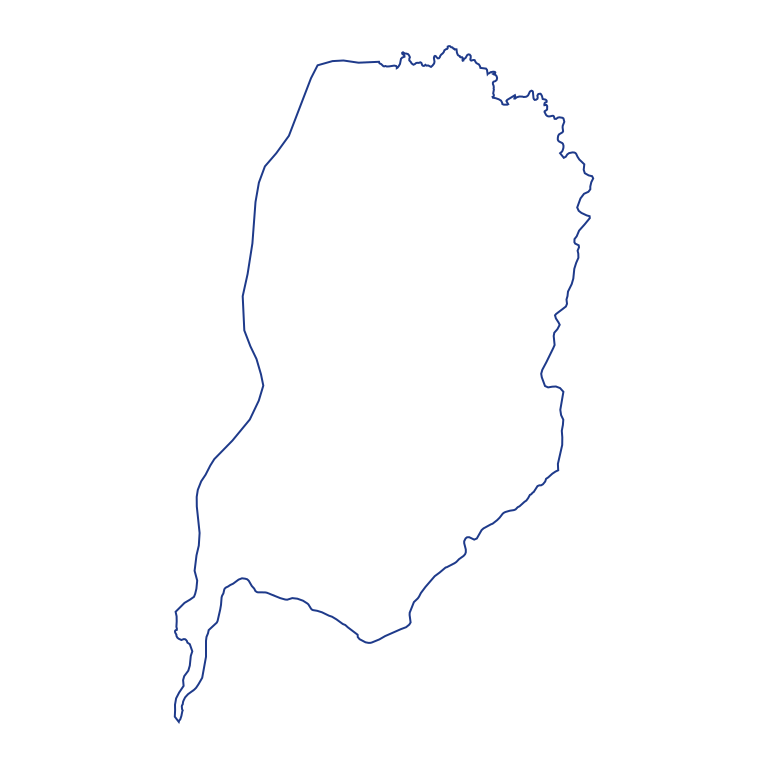 the district of Meun, Vientiane, Laos
{"feature_id": "54806243B19210763437500", "entity_name": "Meun", "entity_type": "district", "adm_level": 2, "iso_a3": "LAO", "parent_name": "Laos", "parent_adm1": "Vientiane", "projection": "albers", "projection_center": [101.935, 18.217], "detail": "fine", "context": "isolated", "style": "outline", "palette": "blue", "viewbox_px": 768, "rotation_deg": 0, "n_neighbors": 0, "source": "geoboundaries", "source_scale": "gbopen_adm2", "svg_char_len": 5957}
<svg xmlns="http://www.w3.org/2000/svg" viewBox="0 0 768 768"><path d="M385.4,66.0L384.2,66.4L383.4,66.2L381.2,64.1L379.7,63.4L379.2,62.8L379.0,61.8L358.5,62.7L343.5,60.5L332.5,61.1L317.6,65.3L311.0,78.2L288.9,135.8L276.3,153.2L264.9,166.4L258.9,182.6L255.5,202.0L252.4,243.4L247.6,274.0L242.7,296.2L244.3,330.4L250.4,346.3L256.5,359.0L261.0,374.4L263.3,385.6L258.8,400.6L249.8,419.5L232.4,440.6L214.3,459.1L210.3,465.5L205.6,474.7L201.2,481.3L197.8,489.9L196.7,496.9L196.8,506.5L199.6,533.0L198.8,545.6L196.5,555.3L194.6,570.8L197.2,580.6L196.4,588.7L195.2,593.7L194.0,596.8L189.9,599.7L184.5,602.9L175.6,611.8L176.6,616.3L176.7,621.4L176.4,626.8L176.9,628.8L176.8,629.9L175.6,630.2L175.0,631.1L175.2,632.6L176.4,634.7L176.4,635.8L177.3,637.6L178.6,638.7L181.4,640.0L183.7,639.1L185.0,639.2L185.8,639.7L186.9,641.0L187.4,642.6L189.8,644.2L192.3,651.3L190.8,655.9L189.8,665.6L188.3,670.7L184.2,676.2L183.1,680.1L183.6,685.9L179.1,692.6L176.1,698.4L175.0,704.7L175.1,710.1L174.8,716.7L178.8,721.9L179.2,720.5L180.2,719.5L181.4,715.9L182.3,711.4L182.7,710.4L182.1,709.3L181.8,706.4L182.0,705.4L182.7,704.4L183.1,701.7L183.8,700.0L185.1,697.4L188.0,694.2L194.2,689.7L196.1,687.8L198.4,684.4L202.2,677.8L206.0,656.8L206.0,640.8L206.5,636.9L208.0,633.3L208.7,630.1L216.8,622.6L217.6,620.9L220.2,609.5L221.0,604.9L221.6,597.4L222.1,595.7L223.4,593.4L224.3,589.4L224.8,588.5L226.1,587.4L227.9,586.6L230.3,585.0L233.1,583.7L238.6,579.6L242.0,578.3L245.2,578.7L247.2,579.3L248.8,580.8L251.8,586.0L254.2,588.6L255.4,591.0L256.8,592.0L257.7,592.3L265.1,592.4L266.8,592.7L280.2,598.1L285.1,599.5L287.2,599.7L292.3,598.1L297.4,598.7L303.0,600.7L307.4,603.5L308.4,604.4L311.1,608.8L312.2,609.8L313.0,610.1L317.2,610.8L322.0,612.3L329.0,615.7L332.0,616.7L336.5,619.4L342.8,624.0L345.3,625.0L347.8,627.3L357.6,634.7L357.8,637.1L359.6,639.2L365.5,642.3L368.6,642.9L370.2,642.9L371.8,642.5L379.4,639.4L385.1,636.1L401.0,629.1L406.1,627.2L409.3,624.6L410.6,622.4L409.6,615.0L409.7,612.7L413.9,602.1L417.8,598.4L419.0,596.7L420.9,593.0L425.4,587.0L434.7,576.2L439.7,572.5L445.6,567.5L446.8,567.2L454.7,563.1L456.3,562.0L459.1,559.1L463.6,555.9L465.1,554.2L465.8,552.3L465.8,549.5L464.2,543.2L464.2,541.2L465.6,538.4L467.0,537.3L469.2,537.2L474.2,539.6L476.8,538.5L481.6,530.1L483.5,528.4L490.8,524.4L492.6,523.7L497.2,520.1L499.6,517.7L502.7,513.7L503.8,512.8L505.4,512.0L509.9,510.7L513.9,510.1L515.6,509.4L517.7,507.2L519.5,506.3L524.5,501.8L526.3,500.6L528.1,498.2L529.9,494.9L531.2,494.3L532.7,492.6L533.7,492.0L537.5,486.1L539.4,485.3L541.1,485.3L542.9,484.3L545.2,481.5L546.1,478.8L548.2,477.4L552.3,473.7L555.6,471.5L558.2,470.3L557.9,463.9L562.2,445.0L562.3,437.4L561.8,430.8L562.9,424.9L563.3,419.7L561.1,415.1L560.3,409.8L563.4,391.8L560.1,388.1L555.9,386.5L552.2,386.7L548.1,387.4L545.0,386.0L541.8,377.3L541.2,373.8L542.3,369.8L546.3,362.3L553.3,348.0L554.6,345.0L553.7,336.0L554.3,332.7L557.4,329.2L559.7,324.8L558.5,322.4L555.9,318.4L555.0,315.3L556.2,313.9L565.9,306.5L567.0,303.8L566.5,299.5L567.5,296.1L568.0,291.6L571.7,284.1L573.3,278.6L574.3,268.8L576.2,262.8L578.4,257.8L578.3,253.7L577.6,250.7L579.0,247.3L578.7,245.3L575.2,243.6L574.4,242.2L574.5,239.1L576.7,236.3L579.1,230.6L584.8,224.2L589.8,218.1L589.6,216.2L586.7,215.4L581.4,212.9L578.7,210.8L577.2,207.5L580.5,198.4L584.0,193.8L588.4,191.8L590.3,189.3L590.3,186.5L591.3,182.2L593.2,178.4L592.1,176.2L588.7,175.4L584.8,173.2L583.7,169.8L584.3,164.3L579.3,159.5L577.5,156.7L576.2,153.9L575.4,153.0L574.2,152.5L572.5,152.4L569.1,153.1L567.3,154.4L565.8,156.7L563.8,157.8L560.1,153.2L562.0,151.6L562.6,150.5L563.4,147.9L563.5,145.8L563.0,144.0L562.3,143.1L559.1,141.5L558.2,140.6L557.8,139.6L557.8,138.0L558.2,135.8L559.0,134.4L562.5,132.3L563.1,131.2L562.6,127.6L562.7,125.9L564.3,121.8L563.6,119.0L563.4,118.4L562.5,117.8L559.4,117.3L557.9,117.6L556.1,118.9L554.6,118.8L553.9,116.5L553.4,115.9L552.4,115.8L549.8,116.4L548.5,116.4L547.4,116.1L546.1,115.0L544.5,111.9L544.7,111.2L546.6,110.0L547.1,109.4L547.2,106.2L546.8,105.4L546.3,104.9L544.4,105.2L544.3,104.8L544.6,103.2L545.0,102.7L546.6,101.9L546.7,100.9L546.2,100.1L545.5,99.6L542.7,99.0L542.0,96.1L541.0,94.2L540.3,93.7L538.4,94.0L537.4,95.5L537.7,97.7L537.4,98.8L536.1,99.7L534.7,99.9L533.9,99.1L533.5,98.1L532.9,91.8L532.4,91.0L531.4,90.7L529.9,91.6L528.1,95.4L526.7,96.5L525.9,96.8L523.7,97.0L522.4,96.6L519.4,96.5L516.7,97.3L515.0,98.6L514.4,98.5L515.1,96.0L514.9,95.2L507.2,99.9L506.4,101.0L508.2,104.2L507.2,104.7L503.9,104.7L502.4,104.1L502.1,102.6L501.0,100.6L498.8,99.3L495.7,98.2L492.9,97.7L492.6,96.9L493.6,96.5L493.9,95.1L493.2,93.4L493.9,89.5L493.6,88.4L493.8,87.4L493.6,85.8L492.9,84.0L492.9,82.7L493.5,81.7L495.4,81.1L496.7,79.9L497.1,78.0L496.6,76.2L495.5,74.9L494.0,74.5L493.2,74.0L495.1,73.2L495.3,72.4L494.8,71.9L493.2,71.7L490.6,72.2L489.1,73.3L488.0,73.6L487.6,74.1L487.0,69.9L486.0,68.6L480.4,67.9L480.1,66.5L479.0,64.5L476.4,63.1L475.4,61.7L474.6,60.1L473.3,60.0L471.2,60.6L470.5,60.0L470.3,59.1L470.7,57.9L470.7,55.9L469.7,54.6L468.3,54.4L467.1,55.2L465.6,57.9L464.1,59.0L463.5,59.7L463.4,60.5L462.7,60.7L462.5,60.2L462.7,57.9L462.1,57.2L460.7,57.3L460.0,56.9L459.8,56.1L458.6,55.6L457.8,54.9L456.9,52.6L456.5,49.3L455.5,49.3L454.8,49.5L454.4,48.8L453.6,48.8L452.4,47.4L451.2,47.3L450.0,46.2L449.0,46.1L447.7,46.6L447.6,48.4L447.0,49.0L446.2,49.1L444.4,50.3L443.8,52.0L442.7,53.4L441.2,54.6L440.3,55.8L439.8,57.2L439.0,58.2L437.9,58.4L436.6,57.3L435.7,56.1L435.0,55.9L434.3,56.4L433.9,58.0L434.5,61.7L434.1,63.5L432.5,65.6L431.0,66.9L428.3,65.5L426.4,65.6L425.4,64.8L424.3,65.8L423.2,65.9L422.3,65.3L421.3,62.8L420.3,62.3L418.8,62.9L417.0,62.8L416.0,63.1L414.7,64.2L413.4,64.7L411.6,63.4L410.8,62.0L409.3,60.4L409.3,58.8L409.9,57.2L409.0,55.3L408.0,54.1L406.4,53.6L404.8,53.5L403.0,52.3L402.2,52.8L402.2,53.7L404.4,55.6L404.5,56.7L402.2,57.6L401.0,58.8L400.0,63.9L398.7,66.2L397.5,67.7L396.8,68.1L396.8,67.0L396.1,66.0L394.2,65.6L389.1,66.4L386.8,66.5L385.4,66.0Z" fill="none" stroke="#1e3a8a" stroke-width="2"/></svg>